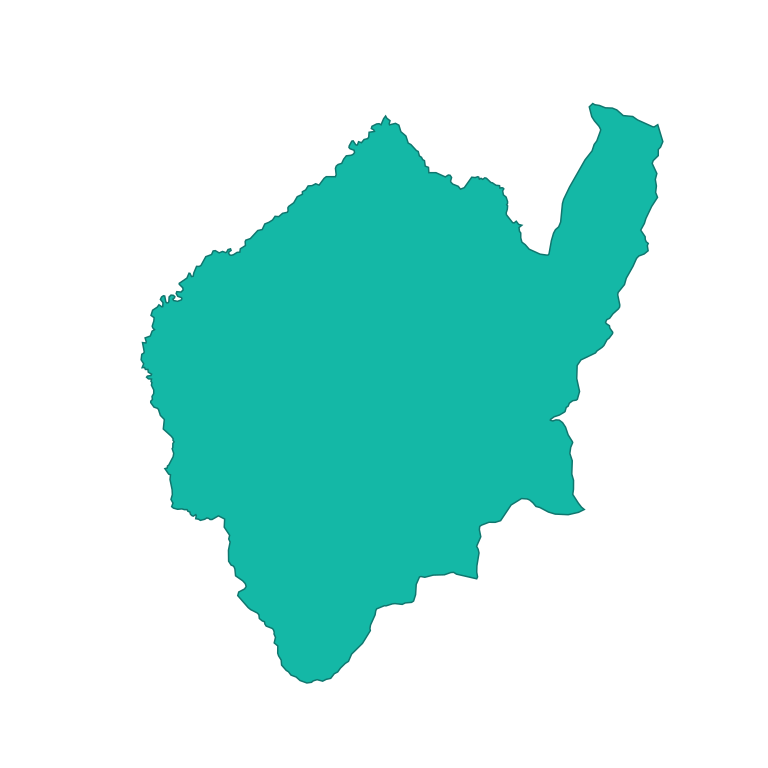 the district of Paime, Cundinamarca, Colombia, rotated 8°
{"feature_id": "7082276B96064980503158", "entity_name": "Paime", "entity_type": "district", "adm_level": 2, "iso_a3": "COL", "parent_name": "Colombia", "parent_adm1": "Cundinamarca", "projection": "orthographic", "projection_center": [-74.184, 5.386], "detail": "fine", "context": "isolated", "style": "filled", "palette": "teal", "viewbox_px": 768, "rotation_deg": 8, "n_neighbors": 0, "source": "geoboundaries", "source_scale": "gbopen_adm2", "svg_char_len": 6140}
<svg xmlns="http://www.w3.org/2000/svg" viewBox="0 0 768 768"><g transform="rotate(8 384 384)"><path d="M619.0,89.1L615.8,91.8L614.4,91.9L598.3,87.2L593.1,84.5L583.5,84.9L576.4,80.2L571.7,79.0L564.8,79.7L558.6,78.2L553.9,78.1L551.7,77.2L548.7,81.0L552.5,90.3L555.7,94.1L561.1,98.9L563.2,101.9L563.1,103.4L560.9,113.7L558.8,117.5L557.6,124.2L551.9,134.0L540.3,163.2L536.2,176.1L535.6,180.5L536.4,199.0L535.1,204.1L532.3,207.3L530.9,211.1L529.8,218.7L529.3,232.1L528.7,233.3L527.7,233.7L520.5,233.7L509.0,230.3L504.5,226.4L500.8,224.3L499.1,220.3L498.4,215.4L496.9,213.9L495.9,210.3L498.4,207.6L495.1,207.2L492.3,204.4L490.4,206.4L488.9,206.3L481.7,199.4L481.2,197.5L481.8,193.8L481.6,190.3L480.5,189.4L481.2,188.0L481.0,186.2L478.9,181.9L475.9,180.1L474.6,176.2L475.5,174.1L474.9,173.5L473.6,173.2L471.5,173.8L470.8,171.5L467.2,171.6L463.4,169.7L461.8,169.6L456.8,166.0L455.1,165.8L453.3,167.6L451.5,166.8L449.9,167.8L449.0,165.9L448.0,165.7L445.5,166.9L442.1,167.0L436.2,178.4L432.6,180.4L430.0,177.9L424.3,176.5L422.2,174.9L421.7,173.7L422.2,170.1L420.4,168.1L418.6,168.1L415.9,170.4L406.0,167.5L399.0,168.5L397.9,163.3L394.5,162.5L393.0,157.2L391.0,156.4L389.6,154.3L387.3,153.2L385.5,149.0L383.6,148.3L377.4,143.2L374.4,142.0L371.2,135.4L365.6,131.8L362.7,125.6L359.1,124.3L353.4,126.6L352.9,125.7L353.3,122.4L349.8,120.4L348.3,118.4L346.7,121.3L345.0,127.7L342.9,126.9L340.5,127.5L336.2,130.5L335.9,132.8L338.4,133.7L339.4,135.2L334.2,136.8L334.5,141.7L333.6,143.3L330.2,144.7L328.1,148.2L325.1,147.6L324.5,150.6L323.9,151.3L322.6,150.9L319.6,147.5L318.3,148.0L316.4,153.1L316.4,154.7L317.7,155.8L321.9,156.7L322.6,159.0L321.6,160.7L319.8,162.0L314.9,163.3L312.8,166.9L311.4,171.4L308.0,173.0L306.4,174.8L305.9,177.2L307.5,183.4L307.0,185.5L298.0,186.7L296.1,188.6L292.0,196.1L288.5,195.2L285.1,197.6L281.3,198.4L279.4,202.7L276.4,205.0L276.8,207.5L272.0,210.6L269.4,217.1L264.9,221.4L264.3,222.9L264.9,225.9L264.4,227.4L259.8,229.1L256.5,232.9L252.8,233.1L250.8,237.1L247.5,239.9L243.7,242.1L241.9,248.0L237.6,249.6L231.4,258.6L227.1,260.8L226.7,262.3L227.5,266.2L222.9,270.1L222.9,273.5L220.2,274.1L216.8,277.0L214.6,277.9L213.0,277.5L211.9,276.0L212.2,274.7L214.0,273.0L213.2,271.5L210.8,272.6L209.8,275.3L208.9,275.9L205.7,275.2L202.5,277.1L198.4,275.4L196.3,276.0L195.2,279.8L189.8,282.7L186.2,292.2L184.6,293.3L182.0,293.6L180.2,300.5L180.0,303.9L178.4,304.4L176.5,301.5L175.5,301.4L174.1,306.5L167.2,312.8L167.4,313.8L171.3,316.7L172.0,318.8L170.2,321.2L166.0,321.4L165.6,323.3L167.6,325.9L171.5,326.7L172.0,327.8L171.5,329.0L168.0,330.9L164.0,330.6L163.1,329.3L164.6,327.8L164.7,326.5L163.0,325.5L160.7,325.6L159.1,327.7L159.5,332.5L158.7,333.7L157.6,333.9L156.5,333.0L154.6,327.4L153.3,327.3L151.6,328.8L150.8,331.4L153.8,334.2L154.1,338.2L153.3,338.5L150.1,336.9L148.8,339.4L144.6,343.1L143.7,348.5L147.1,350.3L147.3,353.7L146.4,359.0L147.2,360.6L149.2,362.1L147.0,363.9L145.9,369.0L141.0,371.6L142.6,375.1L142.5,376.5L139.1,376.6L142.1,385.6L141.8,386.8L140.0,388.3L140.1,393.8L143.2,397.4L142.2,401.5L144.6,401.0L145.7,402.8L148.2,402.4L148.9,405.1L152.5,406.6L152.1,408.0L148.6,409.1L147.9,410.3L150.0,411.7L153.1,411.5L152.9,413.9L154.0,414.9L153.8,417.5L156.8,421.9L157.3,425.5L156.0,428.6L156.8,431.6L155.4,433.5L155.6,434.9L159.4,438.9L163.0,439.6L164.2,440.6L166.9,446.2L171.4,449.7L171.7,459.3L180.7,465.4L182.9,467.6L182.8,469.0L184.2,470.5L183.2,472.2L183.7,476.4L183.2,477.5L185.4,481.9L185.3,485.3L182.1,494.3L181.0,495.3L181.1,497.3L178.8,498.3L183.3,503.2L185.2,503.6L185.4,508.4L188.9,518.2L189.8,523.0L189.1,527.9L191.6,531.3L190.8,535.0L192.7,536.2L197.0,536.8L201.3,535.8L203.8,536.2L206.4,535.8L207.5,537.3L209.6,537.8L210.4,539.8L211.9,541.0L213.5,541.4L215.8,539.6L216.4,540.5L216.3,543.6L219.2,543.7L221.1,544.6L225.3,542.9L227.2,541.3L229.3,541.5L230.6,542.4L232.6,542.1L238.4,537.6L245.0,539.9L245.7,548.0L252.2,555.3L251.8,559.1L253.6,561.9L253.1,570.2L254.8,581.1L257.8,584.6L259.9,585.1L261.1,586.2L262.1,588.0L263.7,594.6L271.4,598.5L274.4,601.0L275.7,603.7L274.5,606.3L269.1,610.2L268.6,613.9L280.6,624.3L283.4,626.0L290.4,628.4L292.2,629.9L293.2,633.6L296.5,635.6L298.7,636.0L299.4,638.2L301.0,640.1L307.3,641.6L308.5,642.5L309.8,644.9L309.9,646.9L311.8,650.0L311.3,655.7L315.3,658.2L316.2,665.3L317.4,667.8L320.6,671.7L321.7,676.6L327.0,681.2L329.5,682.3L332.4,685.2L337.8,686.4L342.1,689.3L349.2,690.8L353.7,689.5L355.3,687.8L358.9,686.1L364.6,686.8L367.9,684.5L372.2,682.9L375.1,677.8L378.2,675.6L380.4,671.4L384.5,666.1L387.4,663.6L389.5,656.0L398.8,643.8L404.8,630.1L404.1,628.1L404.2,624.5L407.3,613.9L407.4,609.6L408.0,607.7L415.2,603.5L416.9,603.4L423.0,600.5L425.5,599.9L432.7,599.7L435.6,597.8L441.7,596.4L443.5,594.8L444.6,588.3L443.8,578.0L446.0,570.1L447.4,569.5L451.3,569.7L459.3,566.4L470.4,564.5L476.4,561.4L479.2,560.8L482.2,562.2L502.9,564.0L503.5,562.0L502.0,557.4L501.3,551.2L501.6,538.1L500.2,534.5L498.3,531.8L501.1,521.8L498.7,515.0L498.6,511.7L500.2,510.2L507.2,506.3L513.4,505.5L518.5,503.1L526.7,486.1L536.1,478.3L541.8,477.9L544.4,478.6L548.0,480.9L551.5,484.1L555.5,484.6L564.6,487.9L571.6,489.0L584.6,487.8L594.5,484.0L599.8,480.4L596.7,478.5L593.0,474.9L586.3,467.1L586.3,461.9L585.1,453.0L582.5,447.1L581.1,433.8L577.7,426.9L577.7,420.7L579.0,415.8L578.6,414.9L573.4,408.7L569.8,401.5L566.2,397.4L562.6,395.4L559.3,395.6L556.3,397.1L553.8,396.8L553.8,395.9L557.0,392.8L561.9,390.4L566.3,386.9L567.1,386.1L567.7,381.8L569.4,380.4L570.2,377.2L573.2,374.3L576.6,373.2L577.6,372.2L578.7,364.2L574.1,351.8L572.7,338.8L575.7,332.7L589.1,323.8L590.3,321.6L594.9,317.3L596.4,315.3L598.7,309.1L600.6,307.2L603.3,302.3L603.3,300.9L599.9,297.3L599.1,294.9L595.8,293.3L594.8,292.0L595.7,289.2L598.3,287.5L600.9,282.7L605.7,277.0L606.6,275.0L606.5,272.9L603.0,263.1L603.1,260.8L608.3,252.1L609.2,245.5L614.2,232.8L616.6,224.5L618.5,221.8L623.6,219.0L627.0,215.3L625.5,210.3L626.1,208.0L623.9,206.7L622.6,204.5L622.1,201.8L616.8,195.9L619.5,188.8L620.3,183.7L624.3,171.0L628.9,161.1L626.3,156.5L626.2,150.0L624.2,143.7L624.9,137.6L618.9,128.3L619.5,125.3L623.8,119.7L623.0,113.6L624.9,110.9L626.4,105.2L619.0,89.1Z" fill="#14b8a6" stroke="#0f766e" stroke-width="1.5"/></g></svg>